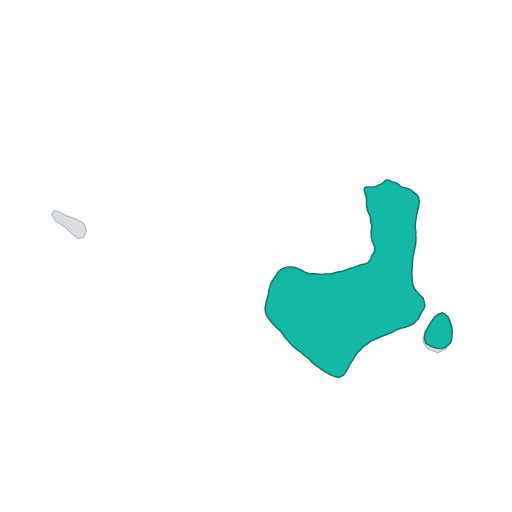 Felidhoo, Maldives (highlighted), rotated 282°
{"feature_id": "70690204B77108705549894", "entity_name": "Felidhoo", "entity_type": "district", "adm_level": 2, "iso_a3": "MDV", "parent_name": "Maldives", "parent_adm1": "", "projection": "albers", "projection_center": [73.527, 3.453], "detail": "fine", "context": "in_parent", "style": "filled", "palette": "teal", "viewbox_px": 512, "rotation_deg": 282, "n_neighbors": 0, "source": "geoboundaries", "source_scale": "gbopen_adm2", "svg_char_len": 4170}
<svg xmlns="http://www.w3.org/2000/svg" viewBox="0 0 512 512"><g transform="rotate(282 256 256)"><path d="M252.0,81.1L244.9,84.9L238.4,83.3L236.1,78.6L239.4,71.5L244.9,62.4L248.7,52.6L254.3,47.3L258.5,49.1L258.1,54.6L256.0,62.2L254.8,72.0L252.0,81.1ZM213.2,460.4L204.6,461.1L199.2,454.2L200.4,444.1L207.1,437.0L217.7,436.6L223.8,442.9L220.6,452.7L213.2,460.4Z" fill="#d9dde1" stroke="#a8b0b8" stroke-width="1"/><path d="M357.2,372.1L357.6,370.8L357.6,369.7L357.6,368.2L357.1,367.3L356.4,366.6L355.5,366.0L354.6,365.5L353.6,364.8L352.4,363.7L351.6,362.5L350.6,360.9L349.2,359.3L348.4,357.5L347.7,356.1L347.4,354.6L347.1,352.6L346.7,350.3L346.0,349.0L345.4,348.3L343.9,348.0L342.2,348.4L340.9,349.1L339.4,349.9L337.6,351.0L336.1,352.0L333.7,352.5L331.3,353.0L329.7,353.2L328.1,353.9L326.2,354.6L324.4,355.3L322.7,356.3L320.8,357.6L318.6,359.3L316.7,360.2L315.0,360.6L313.3,361.0L311.9,361.8L310.6,362.6L309.3,363.0L307.8,363.5L306.7,363.6L305.0,363.3L303.8,363.6L302.6,363.8L300.9,364.3L299.6,364.6L298.2,364.9L297.1,365.6L295.8,366.1L294.0,367.2L292.1,368.3L291.1,369.3L289.9,370.0L288.8,370.6L287.0,370.8L285.2,370.8L283.7,370.6L282.5,370.1L281.4,369.7L279.9,369.1L278.5,369.1L277.1,368.9L275.7,368.3L273.8,367.5L272.4,366.5L271.5,365.5L271.0,364.6L270.2,362.9L269.8,361.5L269.2,360.3L268.5,359.2L267.6,357.9L266.7,356.4L265.9,355.4L265.5,354.6L264.8,353.6L264.4,352.8L263.8,351.4L263.0,349.8L262.3,348.7L261.3,347.1L260.3,345.7L259.3,344.2L258.7,342.8L258.0,341.4L257.7,340.0L257.1,338.7L256.4,337.3L255.6,336.0L254.6,333.7L254.0,332.6L253.8,332.0L253.5,330.5L253.1,328.6L252.7,326.9L251.9,325.7L251.7,324.1L251.4,322.5L251.4,321.3L251.2,319.7L250.8,317.5L250.6,315.7L250.2,314.3L249.9,312.8L249.9,310.7L250.0,309.1L250.5,307.1L250.8,305.7L251.3,304.2L251.7,303.2L252.0,300.8L252.4,298.9L252.7,297.5L252.8,295.9L252.7,294.0L252.5,292.2L251.9,290.2L251.4,288.7L250.6,287.1L249.3,285.0L248.5,283.6L247.2,282.5L244.9,281.0L243.2,280.4L240.5,279.5L239.1,278.7L237.2,278.0L235.7,277.5L232.6,276.3L230.5,276.2L227.7,275.9L225.3,275.7L222.0,276.0L219.2,276.0L216.6,275.8L214.8,275.7L212.5,275.5L209.3,275.6L206.9,275.8L205.1,276.3L202.9,277.0L200.8,278.2L199.2,279.4L197.8,280.8L196.7,282.2L193.9,285.5L192.5,287.7L190.6,290.1L189.5,292.3L188.1,294.9L186.5,296.9L184.6,299.1L183.3,300.3L182.0,301.9L180.5,304.0L179.1,305.8L178.2,306.9L175.3,311.1L174.6,312.6L173.3,314.9L172.0,317.9L170.6,320.9L169.3,323.3L168.1,325.6L167.0,327.9L165.8,330.0L164.4,331.8L163.1,334.0L162.1,335.7L161.0,338.4L160.2,340.4L159.3,342.0L158.3,344.3L157.7,346.3L156.9,348.0L156.4,350.3L155.6,352.3L155.1,354.3L154.7,356.7L154.4,358.7L154.4,360.1L154.4,362.0L155.2,363.6L156.6,365.2L157.9,366.4L160.0,367.5L163.0,368.6L165.3,369.3L168.1,370.0L170.6,370.8L173.6,372.0L175.5,372.7L178.3,373.5L180.2,374.3L182.4,375.2L184.5,376.6L186.3,377.9L188.8,379.2L190.9,380.9L192.5,382.5L193.7,383.8L195.5,384.9L197.1,386.7L199.0,389.7L201.0,392.4L203.4,395.5L205.3,398.5L207.7,402.1L209.6,405.0L211.1,406.7L213.1,408.9L215.1,412.1L216.3,414.6L218.0,417.9L219.5,420.3L221.2,422.7L223.2,424.6L225.8,426.2L228.1,427.7L231.3,428.5L233.7,429.2L235.2,429.6L237.2,430.3L239.5,431.3L242.2,431.6L246.3,430.0L249.8,428.0L252.0,424.2L253.8,421.8L255.6,419.3L257.9,417.1L260.7,415.4L263.5,414.1L265.9,413.6L269.1,412.6L272.4,411.9L277.3,411.1L281.1,410.6L284.8,410.0L287.7,409.7L290.8,409.6L294.1,409.6L296.7,409.7L301.2,409.7L305.2,409.0L306.8,408.8L307.9,408.5L308.7,408.1L309.5,407.9L310.8,407.8L312.4,407.5L314.0,407.0L315.9,406.1L318.9,405.4L321.7,405.1L324.9,404.8L328.4,404.7L331.2,404.7L334.2,404.6L336.7,404.8L339.8,404.8L342.9,404.3L345.4,403.6L347.7,402.5L349.1,400.8L350.2,399.1L351.0,397.2L351.8,395.5L352.5,394.4L353.0,393.3L353.4,391.2L353.5,389.5L353.7,387.6L353.7,385.4L353.7,383.8L354.4,382.5L355.3,381.3L355.9,380.0L356.4,378.5L356.7,377.1L356.8,375.3L356.9,373.4L357.2,372.1ZM239.2,450.3L237.8,447.4L234.0,443.7L228.5,441.3L223.1,439.3L218.6,438.2L214.8,437.5L209.8,437.9L205.8,440.6L204.0,445.7L203.4,451.6L203.9,456.7L206.6,461.0L211.3,464.1L215.2,464.7L220.9,464.0L224.1,463.4L228.3,461.6L232.5,459.2L236.1,456.7L238.1,453.5L239.2,450.3Z" fill="#14b8a6" stroke="#0f766e" stroke-width="1.5"/></g></svg>